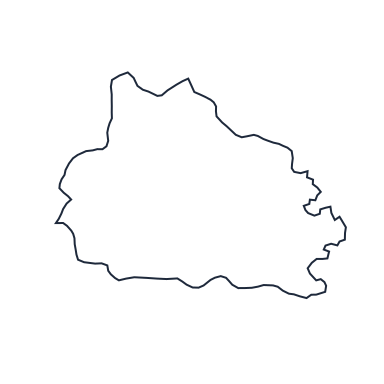 the district of Restinga, São Paulo, Brazil, rotated 255°
{"feature_id": "56859067B58378692566136", "entity_name": "Restinga", "entity_type": "district", "adm_level": 2, "iso_a3": "BRA", "parent_name": "Brazil", "parent_adm1": "São Paulo", "projection": "natural_earth1", "projection_center": [-47.509, -20.648], "detail": "fine", "context": "isolated", "style": "outline", "palette": "slate", "viewbox_px": 384, "rotation_deg": 255, "n_neighbors": 0, "source": "geoboundaries", "source_scale": "gbopen_adm2", "svg_char_len": 2082}
<svg xmlns="http://www.w3.org/2000/svg" viewBox="0 0 384 384"><g transform="rotate(255 192 192)"><path d="M182.2,309.0L182.1,301.8L185.0,295.9L189.1,294.5L193.2,295.9L198.6,298.1L205.7,298.9L210.1,295.7L213.0,291.9L216.0,288.4L218.6,283.4L222.1,278.3L224.7,274.7L229.1,270.1L231.2,266.5L231.6,259.3L232.0,254.2L235.9,249.1L246.4,242.6L251.4,239.1L258.7,235.3L263.7,236.0L268.4,237.4L273.0,236.2L276.2,233.9L280.6,229.2L284.1,225.0L288.0,220.1L295.4,218.9L302.5,217.7L301.5,211.6L299.7,204.8L296.5,194.7L293.2,187.8L293.8,183.4L296.5,180.3L300.3,175.9L303.5,171.0L308.6,166.8L313.3,165.9L317.3,165.2L324.1,160.9L323.3,152.2L320.9,143.7L314.7,140.9L307.0,139.7L301.5,138.2L295.5,136.7L289.8,135.1L283.9,133.7L279.7,130.2L275.7,127.7L271.2,125.5L263.1,124.3L258.3,121.2L256.5,116.6L257.9,111.6L257.9,106.9L258.9,100.3L257.4,91.2L255.4,85.8L251.4,80.6L245.9,75.5L241.5,73.3L238.0,69.3L233.9,66.4L230.0,64.9L224.5,67.9L220.0,71.2L216.0,73.3L213.3,67.9L208.9,63.1L204.9,60.2L200.6,56.4L197.2,52.5L195.4,59.5L191.7,62.5L185.9,65.4L182.4,66.4L177.8,66.5L171.9,65.2L166.2,64.7L161.4,64.2L156.1,64.4L152.1,69.6L147.9,79.9L146.5,86.2L143.0,91.2L137.6,90.7L133.5,92.3L128.8,95.4L125.6,98.5L125.4,106.0L124.6,114.2L120.7,126.2L117.3,136.1L114.5,144.9L112.3,155.5L108.0,159.5L103.9,162.8L99.6,167.9L97.9,173.6L98.7,179.0L102.3,187.2L103.3,192.0L103.3,198.0L100.3,202.7L96.3,204.8L92.0,206.9L87.2,211.8L85.6,217.9L84.0,225.0L83.5,231.3L83.6,237.1L80.8,246.1L78.3,250.3L73.2,254.2L68.7,259.3L66.8,263.9L63.3,269.2L59.9,275.2L61.9,280.6L60.7,285.5L61.1,294.8L66.7,297.3L70.7,296.6L74.5,293.8L74.5,289.1L82.7,284.8L88.4,284.0L92.6,289.4L95.1,295.1L93.6,300.5L92.8,305.6L99.0,309.0L102.3,304.4L105.7,307.1L106.0,313.0L102.8,318.6L106.0,321.7L106.4,327.3L112.8,329.2L118.1,331.5L126.2,329.2L129.9,328.1L128.0,322.7L135.7,321.2L142.0,321.9L142.2,317.0L142.0,311.4L137.9,309.8L137.5,304.1L141.6,298.7L145.2,296.9L149.7,296.4L150.1,302.2L154.1,303.9L152.1,309.0L156.3,312.1L158.8,316.4L163.9,314.2L168.3,310.7L172.6,312.1L176.4,306.9L182.2,309.0Z" fill="none" stroke="#1e293b" stroke-width="2"/></g></svg>